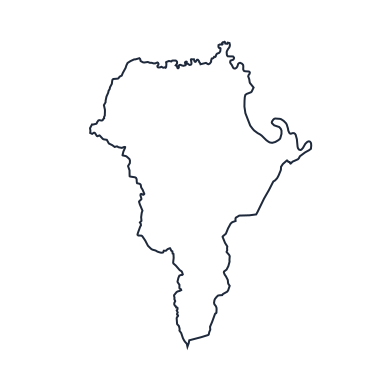 Ayun Pa, Gia Lai, Vietnam, rotated 9°
{"feature_id": "81297802B91685830390053", "entity_name": "Ayun Pa", "entity_type": "district", "adm_level": 2, "iso_a3": "VNM", "parent_name": "Vietnam", "parent_adm1": "Gia Lai", "projection": "robinson", "projection_center": [108.411, 13.31], "detail": "fine", "context": "isolated", "style": "outline", "palette": "slate", "viewbox_px": 384, "rotation_deg": 9, "n_neighbors": 0, "source": "geoboundaries", "source_scale": "gbopen_adm2", "svg_char_len": 5937}
<svg xmlns="http://www.w3.org/2000/svg" viewBox="0 0 384 384"><g transform="rotate(9 192 192)"><path d="M205.7,39.0L204.0,38.9L203.8,39.9L203.5,40.2L202.4,40.0L201.8,40.2L201.5,39.5L201.0,39.4L200.9,38.6L200.7,38.5L199.5,39.3L199.0,39.3L198.3,40.4L198.3,40.6L199.0,41.2L198.7,41.7L196.4,41.9L195.2,42.8L195.4,44.5L196.0,45.3L196.4,45.5L197.2,45.4L197.7,45.7L197.9,48.2L197.8,48.9L197.1,50.3L195.2,51.4L194.7,52.0L194.3,53.3L194.2,54.4L193.9,54.9L192.7,55.0L192.2,56.3L191.4,56.9L190.6,57.1L190.3,59.2L190.5,60.4L189.6,62.2L188.4,63.2L187.7,63.2L185.6,62.3L180.4,64.5L179.8,63.4L178.9,62.7L178.5,61.7L177.2,60.5L176.5,60.5L176.2,60.7L175.3,62.7L174.8,63.0L174.1,62.6L173.1,60.6L172.0,60.9L170.8,60.9L170.3,61.1L170.2,61.5L171.3,64.6L171.4,65.6L171.0,66.4L169.9,66.9L168.9,66.6L167.7,65.9L166.6,66.2L166.4,64.2L166.1,64.1L165.6,64.2L165.0,64.7L164.8,65.4L165.9,67.3L165.8,67.8L163.8,68.7L162.2,68.6L160.8,68.2L159.8,68.5L159.2,69.1L159.5,71.2L159.1,71.9L158.7,72.0L158.2,71.7L157.3,69.9L156.1,69.5L157.1,67.6L157.0,66.3L156.7,65.5L155.4,64.7L152.3,65.2L151.8,65.4L151.2,66.3L148.7,66.2L146.2,67.7L146.1,67.9L146.7,69.6L146.9,72.6L146.5,73.4L145.7,73.1L144.7,73.6L143.9,73.7L142.3,73.1L140.9,73.9L139.7,74.2L138.9,74.2L138.3,73.7L138.1,73.0L138.9,71.5L138.9,70.7L138.2,69.7L137.5,69.5L135.6,70.7L134.0,71.0L131.8,70.7L130.3,71.0L128.0,70.5L124.5,71.6L123.3,71.6L120.8,70.7L120.0,68.8L119.1,68.1L115.5,69.8L114.1,70.1L110.8,72.3L108.2,74.6L107.4,77.2L107.0,79.8L105.0,85.4L104.4,88.0L102.5,89.4L101.6,91.1L101.1,91.6L96.6,92.7L95.9,93.5L95.8,94.9L95.9,97.7L94.6,101.5L94.6,103.2L93.8,105.0L93.7,107.1L92.6,111.1L92.4,115.3L92.6,116.9L91.4,120.0L93.1,124.3L93.4,125.9L93.9,130.1L93.4,131.8L93.7,133.0L93.1,133.5L92.6,134.9L92.2,135.3L91.2,135.6L89.3,135.5L88.4,135.9L87.3,138.1L87.2,139.0L86.9,139.5L83.6,140.9L82.7,140.9L81.3,144.9L82.1,147.5L82.2,149.6L84.3,150.2L85.8,148.8L86.4,148.7L87.0,149.0L89.2,151.5L89.9,151.7L91.7,150.6L92.1,150.7L95.6,153.5L96.6,153.8L99.7,153.8L102.3,157.1L105.9,158.2L108.6,159.6L110.3,158.8L111.1,158.7L112.3,159.3L115.8,159.4L118.0,158.1L118.9,158.1L119.0,158.7L117.9,162.8L117.6,166.5L117.8,166.7L121.1,166.9L122.1,167.3L125.0,169.2L125.4,169.9L125.8,170.7L126.1,173.2L124.8,176.4L126.9,180.4L127.9,186.1L128.4,186.4L133.4,186.4L134.5,186.8L135.3,188.0L135.9,190.8L136.4,191.9L139.0,192.1L139.8,192.5L140.3,193.1L141.1,195.5L142.8,197.4L145.2,201.3L145.1,201.7L144.5,202.3L143.6,202.3L142.7,201.8L142.1,201.8L141.6,202.3L141.6,203.4L143.0,206.3L143.1,207.1L141.4,209.3L141.2,209.9L142.4,212.4L146.0,218.2L145.6,220.3L145.7,224.8L146.6,228.4L145.3,230.2L146.4,231.5L146.8,232.9L146.2,234.5L145.1,240.3L144.8,242.3L144.9,242.8L145.8,243.4L148.7,243.0L149.8,243.4L153.5,247.4L156.9,252.0L160.4,254.5L161.8,255.1L165.2,255.5L167.2,256.3L169.0,256.6L170.9,256.8L172.1,256.6L173.0,256.1L173.3,254.4L175.4,254.1L176.8,252.3L178.7,251.1L179.2,251.0L180.7,253.2L181.9,253.7L182.5,255.8L183.4,256.1L184.2,260.0L184.4,264.5L184.8,265.5L187.5,267.2L192.1,271.1L194.0,271.9L194.7,272.7L195.8,274.8L195.4,275.4L194.1,275.7L192.6,276.6L192.0,278.9L191.7,282.7L192.0,283.4L194.1,285.6L194.5,288.5L194.8,289.2L196.4,289.9L196.7,290.6L195.3,291.6L193.3,292.5L192.4,293.3L190.5,296.6L190.5,297.3L191.3,299.3L191.3,300.5L192.5,302.4L191.9,304.3L192.0,305.6L192.8,306.9L194.0,307.5L194.4,308.5L195.6,308.5L195.9,308.9L196.0,310.4L195.4,311.3L196.7,313.2L196.3,314.7L196.4,315.3L196.8,315.7L197.3,315.8L197.6,316.3L197.5,316.9L196.7,318.2L196.6,319.1L197.9,324.6L198.3,325.1L199.8,326.2L200.6,327.7L201.2,329.2L201.3,330.9L203.4,333.0L205.9,337.8L207.3,339.7L208.4,340.9L210.6,342.7L211.7,345.5L212.4,341.8L212.5,338.9L223.9,333.9L230.2,330.8L230.8,330.2L231.0,327.4L231.6,325.2L230.9,322.3L232.2,317.1L233.8,308.8L234.2,308.2L234.7,308.0L235.0,307.4L234.6,303.7L234.2,302.3L233.4,301.0L231.7,299.4L231.1,298.0L231.1,295.5L231.4,294.1L232.5,292.1L233.8,290.3L235.0,289.8L238.0,289.1L238.2,288.5L238.6,287.9L242.4,284.9L243.1,283.4L243.9,278.8L242.3,277.1L241.9,276.3L241.1,273.3L238.7,270.0L237.2,268.5L236.1,266.6L236.0,266.1L236.1,265.5L238.3,263.2L239.5,259.5L240.0,255.0L239.6,253.1L239.3,249.5L238.5,248.3L235.6,245.9L235.5,245.6L235.9,244.0L235.4,241.9L235.4,240.3L232.6,237.1L229.2,231.5L229.4,230.9L232.0,227.9L233.3,222.3L235.1,217.2L236.5,215.5L239.6,213.8L239.1,211.8L239.3,210.5L242.4,207.9L252.5,206.0L258.9,204.1L259.8,201.6L264.2,187.2L267.7,178.0L270.3,170.0L270.7,168.9L272.2,167.6L273.9,165.1L274.9,162.3L276.2,156.9L276.3,155.9L276.0,153.2L277.4,150.1L280.8,146.0L281.2,146.0L282.5,147.2L283.7,147.1L284.6,148.4L285.0,148.5L286.6,146.3L291.5,143.1L292.2,142.1L293.0,139.8L297.6,135.1L301.1,132.4L302.7,130.7L302.5,127.5L302.0,125.4L301.6,124.7L300.9,124.0L300.3,123.7L299.3,123.7L298.1,124.4L296.4,126.6L294.7,131.1L293.4,133.1L292.4,133.6L290.9,133.3L289.8,132.1L289.2,130.8L287.3,123.4L285.4,119.2L284.6,118.4L283.5,117.9L282.2,118.1L280.5,119.0L279.9,119.0L278.8,118.3L277.5,116.3L276.9,114.4L275.0,110.5L274.0,109.3L271.4,107.4L268.7,106.2L267.4,106.0L262.7,106.4L261.7,106.9L260.9,107.9L260.0,109.8L259.9,110.8L260.3,111.6L262.7,113.3L268.0,114.2L269.8,115.7L270.8,117.4L271.3,120.6L270.8,125.0L270.5,125.8L269.2,127.3L266.4,129.6L263.5,130.9L261.2,130.9L259.9,130.5L257.3,129.2L252.0,125.4L250.0,124.4L247.7,123.6L243.7,121.5L242.0,120.1L239.1,117.3L232.4,105.8L230.4,99.4L229.6,93.6L229.3,90.0L229.5,87.8L230.6,86.6L234.6,84.3L235.2,83.6L236.5,79.2L232.2,75.3L231.8,74.6L230.9,71.7L229.4,68.9L229.7,67.4L230.4,66.2L230.4,64.9L230.0,64.4L229.3,64.1L226.0,64.4L224.7,64.4L224.1,64.0L223.4,62.9L223.0,59.8L222.6,58.5L221.4,57.5L219.5,56.9L218.6,57.1L217.6,58.2L217.2,60.7L216.7,62.0L216.1,62.7L215.3,63.3L214.5,63.4L213.9,63.3L213.2,62.8L211.2,60.0L210.0,59.0L209.3,57.7L209.5,56.2L212.0,54.9L212.3,54.4L212.6,53.2L212.4,52.6L211.3,51.7L206.2,52.4L205.3,51.7L204.9,50.8L204.4,48.7L204.4,47.6L205.2,45.2L206.2,43.4L206.5,41.9L206.4,40.7L205.7,39.0Z" fill="none" stroke="#1e293b" stroke-width="2"/></g></svg>